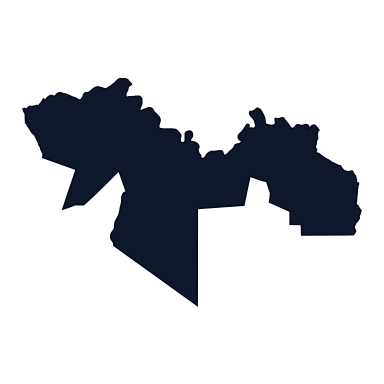 Malindi, Coast, Kenya
{"feature_id": "3690345B29695103199893", "entity_name": "Malindi", "entity_type": "district", "adm_level": 2, "iso_a3": "KEN", "parent_name": "Kenya", "parent_adm1": "Coast", "projection": "natural_earth1", "projection_center": [39.914, -3.232], "detail": "fine", "context": "isolated", "style": "filled", "palette": "ink", "viewbox_px": 384, "rotation_deg": 0, "n_neighbors": 0, "source": "geoboundaries", "source_scale": "gbopen_adm2", "svg_char_len": 5944}
<svg xmlns="http://www.w3.org/2000/svg" viewBox="0 0 384 384"><path d="M114.0,245.6L197.2,305.4L197.3,208.5L243.8,205.2L249.9,176.1L260.1,179.8L263.8,180.8L266.8,181.5L270.6,193.3L270.2,197.5L269.5,202.1L290.1,211.3L290.1,224.3L301.4,224.5L301.7,235.0L347.3,234.8L353.5,234.6L355.4,231.7L355.6,230.9L355.2,230.1L354.8,229.5L354.1,227.9L354.0,227.2L354.2,226.4L356.0,222.6L356.5,221.9L357.2,221.6L357.6,221.1L358.0,220.1L358.5,219.3L359.3,218.5L359.2,217.7L359.0,216.7L359.3,216.0L360.1,213.4L360.5,212.7L361.0,210.6L360.5,209.9L359.8,209.2L358.7,207.5L357.5,205.3L356.6,205.1L356.1,204.1L356.1,203.0L356.6,199.3L356.8,195.9L357.2,193.0L357.2,190.1L358.0,185.3L358.5,184.2L358.4,183.0L357.7,183.2L357.0,182.9L356.6,182.2L356.4,181.5L356.4,180.0L355.6,176.5L355.4,175.9L354.1,174.5L352.8,172.1L352.4,171.1L351.0,171.2L347.6,171.9L347.0,171.5L343.9,170.7L342.9,169.4L342.0,168.4L341.5,167.7L340.9,166.5L340.3,165.9L337.8,165.2L335.1,163.8L333.7,163.3L331.7,162.2L329.3,160.5L326.0,158.7L322.8,156.6L318.4,153.3L317.0,153.1L315.4,152.5L316.0,151.5L316.7,149.8L315.7,148.1L315.1,146.9L315.6,145.6L316.2,143.3L316.3,141.0L316.6,140.3L317.1,139.7L317.6,138.8L317.7,137.7L317.4,135.3L316.9,134.5L317.1,133.9L317.5,133.2L317.4,132.4L318.3,130.7L318.9,130.1L317.9,128.9L316.6,127.0L315.4,125.8L314.3,125.1L313.1,125.2L312.1,125.7L311.4,126.3L310.3,127.4L309.7,128.2L309.1,128.7L308.4,128.5L308.4,127.6L308.7,126.4L308.4,125.6L306.9,124.8L306.1,124.6L305.5,124.7L303.0,125.4L301.5,125.5L300.5,125.4L297.9,124.7L297.3,124.8L296.5,125.2L295.8,125.7L294.6,127.3L294.1,127.8L293.3,128.2L292.5,128.3L291.7,128.3L291.0,128.1L290.5,127.6L288.4,124.2L285.6,121.0L283.9,118.6L283.4,118.0L282.8,117.8L281.4,117.9L279.5,118.6L278.5,118.7L277.6,118.7L275.7,118.4L275.1,118.8L275.0,119.4L275.5,121.8L275.6,122.8L275.4,123.5L275.1,124.3L274.6,124.8L273.7,125.1L271.7,125.4L270.9,125.4L266.8,124.7L266.1,124.3L265.5,123.4L265.2,122.6L264.8,119.5L264.4,117.4L264.1,116.5L262.6,113.3L260.6,110.1L258.3,108.3L257.3,108.2L256.5,108.5L255.5,109.6L252.9,111.2L252.1,111.5L250.2,111.4L249.6,112.1L249.7,113.1L249.8,113.9L250.2,114.9L251.4,116.5L253.7,119.1L254.6,120.6L254.9,121.7L255.0,122.4L255.7,125.6L255.7,126.5L255.3,127.3L254.8,127.9L253.4,128.5L252.8,128.4L252.1,128.1L251.5,127.9L249.9,128.2L249.0,127.9L248.8,127.0L249.0,125.3L248.6,124.5L247.9,124.3L247.0,124.5L245.5,126.6L244.4,128.4L243.3,130.0L241.4,132.4L239.8,133.6L239.3,134.2L238.7,135.0L238.3,136.0L238.2,136.7L238.3,137.6L238.8,138.8L239.8,140.0L240.7,140.4L241.3,140.5L241.9,141.0L241.5,142.0L240.9,142.6L240.2,143.2L239.1,143.8L236.7,144.1L236.0,144.4L235.2,144.9L234.8,145.4L234.1,147.2L232.8,148.9L230.6,150.8L230.0,151.3L229.4,151.8L228.2,153.4L225.8,155.1L225.1,155.4L224.5,155.3L223.8,154.7L223.4,154.1L222.4,151.5L221.9,151.0L221.2,150.8L219.0,150.8L214.6,151.5L212.0,151.4L210.5,151.7L208.1,153.1L206.9,154.3L205.3,156.8L204.2,158.0L203.4,158.4L202.7,158.5L201.3,158.6L200.9,158.1L200.7,155.6L198.9,153.2L198.6,152.5L198.1,150.9L197.9,149.9L198.2,148.7L198.7,147.8L198.8,147.1L198.8,146.1L198.2,144.8L197.6,144.0L195.6,142.5L194.8,142.2L190.9,141.4L190.4,140.9L190.3,140.1L190.4,139.4L191.8,137.4L192.2,136.7L192.5,135.0L192.5,134.0L192.2,133.0L191.7,132.2L191.1,131.5L190.5,131.2L189.7,131.1L188.8,131.1L187.9,131.5L187.0,131.6L186.4,131.9L185.5,133.0L185.3,133.9L185.2,137.1L185.3,139.9L185.1,141.2L184.8,141.8L184.1,142.4L183.4,142.7L182.7,142.8L181.2,142.5L180.5,141.8L180.2,140.9L180.1,139.8L180.1,138.7L180.8,136.0L180.7,135.0L180.3,134.2L179.7,133.5L178.4,131.9L177.0,130.4L176.3,129.9L175.1,129.4L171.1,129.0L169.6,129.1L167.5,129.0L164.4,129.1L162.8,129.0L160.6,128.6L159.8,128.4L159.1,128.0L158.8,127.3L158.7,126.3L158.7,125.5L159.8,122.0L160.1,120.2L160.0,119.3L159.7,118.3L158.9,116.7L158.2,116.0L154.1,111.8L153.5,110.9L152.5,109.1L151.8,108.4L150.4,107.8L149.1,107.7L148.2,107.8L146.2,108.7L143.3,109.7L142.5,110.3L141.6,110.6L140.2,110.5L139.8,109.6L139.9,108.5L141.7,103.8L141.8,102.9L141.8,100.4L141.8,99.3L141.6,98.5L140.6,97.1L139.9,96.5L139.0,96.2L135.9,96.3L131.1,96.9L129.2,96.7L127.4,97.2L126.6,97.3L126.2,96.8L125.8,95.8L125.7,94.8L125.9,93.1L127.4,90.5L127.7,89.7L128.1,87.4L128.6,86.4L129.9,85.2L130.7,85.0L131.2,84.7L131.4,83.9L128.8,81.2L127.8,79.9L127.1,79.4L125.4,78.7L124.8,78.7L122.5,78.9L120.3,78.6L119.0,79.0L116.3,81.2L114.4,83.3L112.9,84.3L111.7,85.4L110.1,86.4L106.9,88.5L106.1,88.8L105.3,88.9L104.7,88.8L100.7,87.5L98.4,87.0L97.5,86.9L96.6,87.1L94.8,87.8L93.4,88.6L90.5,91.1L89.2,92.1L87.9,92.6L86.6,92.6L85.8,92.8L85.0,93.0L84.4,93.5L83.8,94.4L82.7,97.2L82.1,98.2L81.6,98.9L81.1,99.4L80.6,99.7L79.6,100.0L78.8,99.9L77.9,99.5L75.6,98.1L74.0,97.5L72.3,97.0L70.0,95.9L65.5,94.0L63.6,93.9L61.2,92.9L59.9,92.6L59.2,92.7L57.5,93.5L56.7,94.1L55.7,95.4L55.2,95.9L54.6,96.1L53.2,96.2L51.7,95.4L50.5,95.6L49.4,96.0L47.9,97.1L46.9,98.1L46.4,98.9L45.6,99.7L44.6,100.1L44.1,99.4L43.5,98.9L42.0,101.4L40.3,103.7L39.8,104.2L38.7,105.5L38.1,105.8L36.4,105.4L35.8,106.0L34.4,106.0L32.9,106.3L32.0,107.0L31.1,107.1L30.7,106.2L29.2,106.7L28.6,107.1L28.0,107.6L27.5,108.3L26.8,109.0L25.9,109.1L24.6,108.3L23.0,108.9L23.2,109.8L23.9,111.4L25.0,113.2L25.3,114.1L25.4,119.2L25.7,123.1L26.5,123.7L27.8,126.3L28.9,127.5L30.5,130.3L31.5,131.6L32.0,132.6L32.6,133.2L34.2,134.4L34.7,134.9L35.4,136.6L36.5,138.6L37.4,140.7L37.9,141.5L38.3,142.5L38.5,143.6L38.9,144.4L39.2,145.4L40.4,146.9L40.7,147.9L40.8,149.1L41.1,149.7L42.7,152.9L43.0,153.6L43.1,155.5L42.7,157.5L76.2,169.4L62.8,209.1L69.6,206.9L74.9,204.7L83.7,204.7L93.2,196.0L97.5,191.9L109.0,180.5L118.9,170.6L125.1,188.2L126.2,191.7L125.7,192.2L124.8,192.8L124.2,192.5L123.6,193.1L123.0,193.8L122.6,195.2L122.0,196.2L121.8,197.0L121.8,201.8L120.3,208.2L120.1,210.0L119.1,214.1L118.8,215.1L117.4,217.8L115.6,220.9L115.0,222.7L114.8,224.4L114.8,227.4L114.6,228.3L113.9,229.8L111.8,232.6L111.2,233.7L110.8,235.0L110.7,237.6L111.4,239.5L113.5,242.5L113.7,243.8L114.0,245.6Z" fill="#0f172a" stroke="#020617" stroke-width="1.5"/></svg>